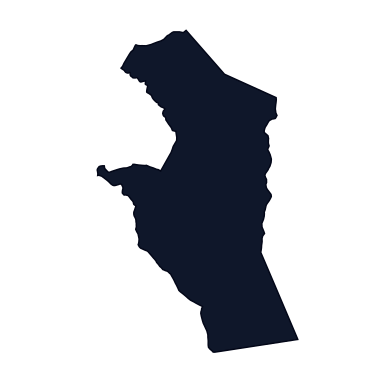 Morne Ciseaux, Anse-la-Raye, Saint Lucia, rotated 355°
{"feature_id": "8701671B86288644178895", "entity_name": "Morne Ciseaux", "entity_type": "district", "adm_level": 2, "iso_a3": "LCA", "parent_name": "Saint Lucia", "parent_adm1": "Anse-la-Raye", "projection": "orthographic", "projection_center": [-61.005, 13.936], "detail": "fine", "context": "isolated", "style": "filled", "palette": "ink", "viewbox_px": 384, "rotation_deg": 355, "n_neighbors": 0, "source": "geoboundaries", "source_scale": "gbopen_adm2", "svg_char_len": 4814}
<svg xmlns="http://www.w3.org/2000/svg" viewBox="0 0 384 384"><g transform="rotate(355 192 192)"><path d="M200.2,30.5L197.8,32.1L197.2,32.5L193.5,31.4L190.0,31.1L187.7,30.9L186.3,31.3L182.6,33.6L181.1,34.1L179.6,35.4L177.2,37.5L175.8,38.1L173.9,38.9L172.0,39.3L170.3,39.7L166.8,40.7L164.2,41.5L159.6,42.3L158.4,42.3L156.7,42.1L155.0,41.9L153.3,41.8L151.9,41.6L150.6,41.3L149.2,40.6L148.7,40.6L148.2,41.2L147.0,43.2L146.3,44.5L145.9,45.3L143.3,47.2L141.4,49.6L138.3,53.9L135.5,57.8L133.9,60.6L133.4,61.1L133.1,61.5L132.1,62.4L132.3,62.7L133.2,63.4L135.2,65.0L135.5,65.7L135.7,66.0L136.3,66.9L137.2,67.5L137.9,67.7L138.6,68.0L139.7,67.7L140.0,67.6L140.4,67.5L140.7,68.0L140.7,68.4L140.7,68.9L140.6,69.9L141.0,71.0L141.5,71.5L142.5,72.4L143.1,73.1L144.1,73.3L145.6,73.4L146.6,73.3L147.2,73.3L148.1,74.4L148.4,75.2L148.5,75.3L149.2,76.8L149.7,77.4L150.1,77.8L150.7,77.9L151.7,77.8L152.4,77.6L154.0,77.4L155.4,77.2L155.4,77.8L155.0,79.6L154.9,80.4L155.5,81.1L155.9,81.3L156.1,81.4L156.5,81.7L156.7,81.8L157.0,82.2L156.9,83.2L156.3,85.0L155.8,86.9L155.6,88.1L155.7,88.7L156.4,89.3L157.5,90.0L158.4,90.7L159.1,91.4L159.6,91.8L159.9,92.1L160.1,92.4L160.4,93.4L160.7,94.5L161.5,96.0L162.9,97.9L163.2,98.1L164.5,99.6L165.9,100.1L166.1,100.8L166.2,102.1L167.2,103.1L168.7,104.5L170.8,105.5L172.2,106.7L171.8,107.5L170.4,109.0L169.7,111.1L170.0,112.9L170.5,113.9L172.0,115.2L172.3,116.2L172.3,118.0L172.7,118.6L173.5,120.1L174.6,122.2L177.0,126.1L177.9,129.0L179.5,129.6L180.7,130.0L181.2,130.2L181.6,136.3L181.2,139.4L177.3,144.9L176.0,148.0L174.6,150.9L172.5,153.9L162.6,168.4L160.4,166.8L158.6,166.3L155.6,164.7L152.0,163.2L150.3,162.2L148.7,161.4L147.8,161.6L145.2,161.2L141.3,160.5L138.7,159.9L137.0,159.4L135.6,159.3L135.0,160.2L133.6,161.3L131.9,161.6L130.6,162.0L129.2,162.3L128.2,162.3L125.8,162.2L121.8,162.7L119.4,163.2L113.8,164.5L113.5,164.6L112.0,165.1L110.6,165.1L109.8,164.4L108.5,162.8L107.1,160.9L107.0,160.2L106.9,158.3L105.3,158.1L103.1,158.2L101.7,158.6L100.2,160.3L99.7,161.1L99.6,161.5L99.5,161.9L99.7,163.6L99.8,165.6L99.6,166.9L99.5,167.3L100.7,167.2L103.5,168.4L104.8,169.6L107.9,172.4L109.6,174.1L110.8,175.5L111.8,176.8L113.4,178.2L114.8,178.8L116.1,178.8L117.7,178.5L119.7,178.1L121.1,177.6L122.5,178.4L123.1,179.9L123.7,181.9L122.9,184.3L122.6,185.8L122.6,186.0L122.5,186.9L122.9,187.5L123.5,188.4L124.1,189.1L125.5,189.1L127.8,189.8L128.7,190.8L130.6,193.9L131.9,195.6L132.6,196.7L132.7,198.0L133.0,199.3L133.5,199.8L134.7,200.7L134.9,201.1L134.7,201.6L133.3,204.9L132.3,207.0L132.1,208.9L132.3,210.7L133.0,212.3L133.6,214.0L133.7,215.8L133.6,216.9L133.8,218.2L133.6,220.2L133.6,221.4L133.3,222.6L132.9,223.6L132.7,224.4L133.6,226.9L134.6,229.0L134.8,230.7L135.2,234.2L134.7,237.3L134.1,239.2L133.8,239.8L134.6,241.7L135.1,242.5L135.9,243.4L137.3,244.2L140.3,245.9L142.2,246.8L142.9,247.4L146.3,252.1L148.1,254.7L148.6,255.3L149.0,255.8L150.1,257.6L150.4,258.2L150.6,259.0L152.1,261.0L152.9,262.3L153.3,263.1L154.0,263.9L154.5,264.3L155.6,265.8L156.2,266.7L157.9,267.5L158.4,267.9L160.2,268.6L161.3,269.4L162.6,271.0L163.7,272.0L164.2,273.4L165.3,275.7L166.1,277.5L166.8,279.3L167.5,281.3L168.4,283.3L169.6,286.5L170.2,288.3L170.3,288.6L170.4,288.9L171.8,290.5L172.9,291.5L174.5,293.0L177.0,295.5L178.3,296.9L179.0,297.7L179.8,298.4L180.5,299.1L181.2,299.7L183.1,300.9L184.7,301.9L185.9,302.8L188.2,304.3L190.1,305.5L192.0,306.6L192.5,307.1L191.4,309.2L191.2,310.5L190.5,312.1L190.2,313.8L190.5,316.6L191.3,321.3L191.8,323.6L192.9,326.6L193.9,329.4L194.7,331.5L195.4,335.6L195.2,338.1L195.2,339.6L195.2,341.7L195.0,343.7L194.8,345.9L194.9,348.1L196.0,349.8L198.5,352.4L198.9,352.9L199.1,353.3L200.8,353.5L207.5,353.1L282.4,348.2L284.5,348.1L284.3,347.3L266.8,293.5L255.5,259.0L255.2,258.0L255.6,256.8L256.3,253.8L256.7,251.0L257.2,249.0L257.5,247.5L257.7,244.4L258.6,241.9L260.6,239.7L260.1,237.5L258.7,233.1L258.8,229.4L260.8,225.5L261.8,222.4L262.2,220.0L262.2,218.4L263.3,216.1L264.6,211.9L265.6,210.3L268.1,207.4L269.4,205.5L270.6,203.5L270.6,202.6L270.5,201.3L269.1,199.0L267.2,196.0L266.4,194.1L266.2,191.6L266.2,190.9L267.1,189.0L267.2,187.3L267.3,186.0L266.4,183.7L266.0,181.5L267.1,179.5L268.1,178.4L269.6,176.6L270.6,174.8L271.8,173.2L273.3,169.6L273.6,168.0L273.9,166.2L273.6,164.4L273.1,161.7L272.1,158.7L271.3,157.1L271.1,156.5L271.3,155.9L271.5,155.1L271.9,154.6L272.5,153.4L272.8,152.8L272.7,152.1L272.5,151.4L272.4,150.5L272.3,150.0L272.6,146.9L272.9,145.4L272.7,143.8L272.6,142.6L271.3,141.2L269.9,139.7L269.1,139.0L269.3,137.0L270.4,134.1L272.5,131.3L273.9,129.2L275.2,127.6L276.6,127.0L278.1,126.3L280.1,126.2L280.8,126.0L281.3,126.0L282.1,125.1L282.8,123.8L283.3,123.3L283.2,122.8L282.7,121.3L282.4,120.5L282.3,117.7L282.2,116.7L282.5,114.9L283.0,112.2L283.4,110.6L284.0,107.4L284.0,105.3L234.6,77.5L200.2,30.5Z" fill="#0f172a" stroke="#020617" stroke-width="1.5"/></g></svg>